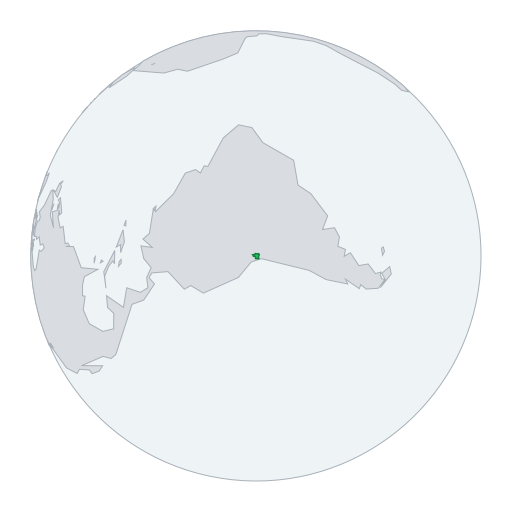 Arica y Parinacota highlighted on a globe, orthographic projection, rotated 279°
{"feature_id": "CHL-2694", "entity_name": "Arica y Parinacota", "entity_type": "Region", "adm_level": 1, "iso_a3": "CHL", "parent_name": "Chile", "parent_adm1": "", "projection": "orthographic", "projection_center": [-69.675, -18.339], "detail": "fine", "context": "on_globe", "style": "filled", "palette": "green", "viewbox_px": 512, "rotation_deg": 279, "n_neighbors": 0, "source": "natural_earth", "source_scale": "10m", "svg_char_len": 5289}
<svg xmlns="http://www.w3.org/2000/svg" viewBox="0 0 512 512"><g transform="rotate(279 256 256)"><circle cx="256" cy="256" r="225" fill="#eef3f6" stroke="#a8b0b8"/><path d="M208.4,35.8L210.9,35.3L217.4,34.1L222.6,33.2L221.8,33.3L227.5,32.5L225.8,32.8L227.9,32.5L226.5,32.8L229.3,32.4L229.5,32.7L234.8,31.8L239.6,31.5L238.2,32.0L231.2,32.7L210.4,37.8L206.9,39.7L208.9,40.9L227.9,41.0L227.0,43.2L230.9,45.6L234.7,43.6L233.0,41.2L241.1,38.8L238.1,36.8L240.9,35.8L240.7,34.1L248.4,33.7L256.2,34.6L256.8,36.2L260.2,36.9L265.9,35.2L273.1,39.1L288.4,43.5L289.4,45.0L280.1,46.9L264.2,46.4L252.2,51.6L267.8,47.9L270.1,52.7L273.8,53.7L278.2,53.6L280.4,51.9L282.9,53.8L268.3,57.4L265.9,55.7L270.5,54.4L263.0,54.5L253.2,58.2L255.1,60.9L238.3,65.6L239.4,67.9L236.4,70.6L235.7,66.4L236.7,74.3L217.1,85.2L218.1,101.9L208.7,89.7L200.1,89.2L189.6,90.9L189.6,93.5L175.9,93.8L163.0,101.9L157.6,116.6L161.8,126.8L177.1,124.5L182.0,117.4L193.4,114.6L184.5,133.1L204.4,133.3L202.0,147.4L207.7,154.2L217.8,151.4L228.2,154.3L235.8,145.6L248.0,140.8L248.2,152.3L255.0,141.7L261.7,147.2L286.0,147.2L284.1,149.8L304.6,164.9L326.8,173.2L331.9,182.8L329.3,188.1L336.9,190.7L337.0,194.5L367.5,205.2L382.8,218.2L382.2,231.8L369.0,245.1L356.4,278.2L332.6,286.4L326.1,300.5L306.8,320.5L292.5,317.6L296.2,329.1L287.9,335.4L278.4,335.3L276.5,343.3L269.5,343.2L274.0,348.7L262.6,359.1L265.7,368.0L257.3,376.7L259.7,382.0L256.5,381.8L253.2,383.8L252.9,386.8L243.3,381.9L240.6,370.0L244.1,364.0L239.9,363.1L247.2,347.9L242.7,351.0L243.7,328.8L250.1,310.8L254.2,261.6L249.3,252.2L232.0,241.9L211.1,209.8L216.6,196.2L212.0,190.4L226.8,171.5L223.0,155.7L217.8,153.8L212.5,160.1L194.9,152.0L188.9,141.1L136.9,133.0L132.1,129.0L132.9,120.6L120.4,100.8L123.6,121.7L117.8,119.1L114.1,112.5L117.4,109.3L116.5,99.3L112.0,97.8L115.8,86.4L132.9,69.5L133.7,70.3L137.7,66.7L137.1,65.9L135.6,66.3L143.2,61.0L158.7,52.8L174.8,45.9L191.4,40.2L208.4,35.8ZM216.7,108.1L239.4,115.6L226.2,117.4L228.8,115.5L223.1,112.2L212.3,109.7L200.8,112.8L216.7,108.1ZM227.5,97.6L223.5,97.2L227.4,96.8L227.5,97.6ZM134.3,67.1L136.6,66.2L135.5,68.1L133.1,68.9L134.3,67.1ZM138.1,64.0L139.3,63.3L134.6,66.3L134.7,66.2L136.5,65.0L138.1,64.0ZM236.4,34.5L238.5,34.3L237.4,34.7L236.4,34.5ZM234.3,34.1L231.6,34.7L230.2,34.6L231.9,34.2L234.3,34.1ZM237.9,33.4L228.1,34.5L225.7,34.4L230.2,33.1L237.9,33.4ZM220.2,33.6L220.8,33.5L217.8,34.0L220.2,33.6ZM259.4,392.4L244.2,383.8L252.7,387.6L258.5,382.9L266.5,389.7L259.4,392.4ZM276.5,380.9L283.3,378.7L284.9,380.3L280.6,382.2L276.5,380.9ZM414.1,95.5L423.0,106.6L420.3,105.6L413.3,100.0L399.0,84.4L406.5,88.5L401.5,84.1L390.9,75.7L393.9,77.8L414.1,95.5ZM448.0,373.8L446.0,376.8L442.0,381.0L442.4,374.0L447.6,366.0L455.8,347.8L469.3,307.1L474.8,292.5L477.1,279.2L476.7,246.0L477.2,231.6L475.7,223.7L473.6,222.5L471.3,213.2L469.4,211.3L453.8,206.3L445.6,193.1L427.8,159.5L428.2,149.5L422.3,136.4L419.9,105.6L426.1,110.7L430.7,113.8L440.6,126.8L449.4,140.5L457.3,154.9L464.1,169.7L469.8,185.0L474.4,200.7L477.8,216.7L480.1,232.9L481.2,249.2L481.1,265.5L479.8,281.8L477.3,298.0L473.7,313.9L468.9,329.5L463.0,344.8L456.1,359.6L448.0,373.8ZM428.6,122.7L430.5,126.3L428.6,122.7ZM286.8,147.1L289.7,149.5L285.8,149.4L286.8,147.1ZM224.3,121.8L229.1,121.8L231.6,123.3L227.9,124.0L224.3,121.8ZM265.6,120.9L271.2,122.0L265.3,122.7L265.6,120.9ZM243.0,116.6L261.1,120.6L249.5,123.8L238.2,121.7L246.1,120.5L243.0,116.6ZM224.9,103.4L227.9,103.9L226.9,105.8L224.9,103.4ZM230.3,97.4L229.1,97.6L227.7,96.3L230.3,97.4ZM271.0,52.5L272.2,52.3L276.7,52.6L274.5,53.3L271.0,52.5ZM296.9,50.6L300.2,53.9L296.3,51.8L294.0,53.0L282.9,50.6L289.4,45.6L288.4,48.1L296.9,50.6ZM269.9,46.9L276.2,48.4L269.0,47.0L269.9,46.9ZM376.8,65.9L377.1,66.0L376.2,65.8L371.0,62.4L370.0,61.7L376.8,65.9ZM386.9,72.7L385.6,71.8L384.8,71.2L386.9,72.7ZM382.4,69.5L381.1,68.7L380.7,68.4L382.4,69.5ZM328.9,42.8L328.2,42.6L328.9,42.8ZM247.7,31.5L244.8,31.7L244.7,31.5L247.0,31.3L247.7,31.5ZM251.0,30.8L259.8,31.0L257.2,31.0L268.0,31.8L265.5,32.4L258.6,31.7L264.8,33.2L257.6,32.9L262.5,34.0L247.3,32.5L241.1,32.8L249.0,32.1L251.5,31.4L250.7,31.2L243.7,31.1L231.4,32.1L231.5,32.1L251.0,30.8ZM306.8,36.5L302.6,35.9L302.7,37.0L305.8,38.9L296.0,37.1L287.0,34.5L279.6,32.4L280.9,32.1L276.3,31.7L275.5,31.6L279.5,32.0L277.8,31.8L306.8,36.5Z" fill="#d9dde1" stroke="#a8b0b8" stroke-width="1"/><path d="M256.6,252.7L256.6,253.0L256.7,253.3L257.0,253.6L257.3,253.9L257.3,254.0L257.3,254.3L257.3,254.5L257.5,254.5L257.8,254.7L257.9,254.8L258.0,254.8L258.2,255.0L257.9,255.2L258.0,255.4L258.1,255.5L258.2,255.8L258.2,256.0L258.4,256.5L258.4,256.8L258.4,257.0L258.5,257.4L258.5,257.5L258.7,258.0L258.5,258.4L258.4,258.6L258.2,258.8L258.0,259.0L257.8,259.0L257.6,259.0L257.4,259.0L257.2,258.9L256.8,258.7L256.4,258.7L256.2,258.6L255.9,258.6L255.6,258.6L255.3,258.6L255.2,258.7L254.9,258.7L254.7,258.8L254.4,259.0L254.2,259.1L253.8,259.3L253.7,259.2L253.8,259.1L253.6,258.7L253.6,258.4L253.6,258.1L253.5,257.8L253.5,257.7L253.5,257.4L253.5,257.2L253.5,256.9L253.6,256.7L253.7,256.4L253.5,256.2L253.4,256.1L253.4,255.9L253.6,255.9L254.0,256.0L254.3,255.9L254.5,255.8L254.6,255.7L254.8,255.7L255.1,255.4L255.3,255.2L255.6,254.6L255.6,254.4L255.5,254.2L255.4,253.9L255.3,253.6L255.5,253.3L255.8,253.3L256.0,253.3L256.1,253.2L256.6,252.7Z" fill="#22c55e" stroke="#15803d" stroke-width="1.5"/></g></svg>